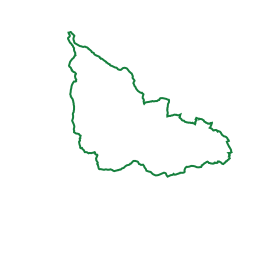 the district of Nereju, Vrancea, Romania, rotated 33°
{"feature_id": "2599482B74656559226175", "entity_name": "Nereju", "entity_type": "district", "adm_level": 2, "iso_a3": "ROU", "parent_name": "Romania", "parent_adm1": "Vrancea", "projection": "equal_earth", "projection_center": [26.622, 45.68], "detail": "fine", "context": "isolated", "style": "outline", "palette": "green", "viewbox_px": 256, "rotation_deg": 33, "n_neighbors": 0, "source": "geoboundaries", "source_scale": "gbopen_adm2", "svg_char_len": 5714}
<svg xmlns="http://www.w3.org/2000/svg" viewBox="0 0 256 256"><g transform="rotate(33 128 128)"><path d="M139.9,171.7L141.9,169.5L142.6,168.9L142.6,168.6L143.2,168.2L143.5,167.6L144.0,167.1L144.5,166.9L145.0,165.1L146.1,163.9L146.5,162.0L147.2,160.1L148.9,158.3L149.3,157.6L149.3,156.7L149.9,156.2L150.2,154.0L150.5,152.7L151.9,151.7L154.2,151.0L154.9,151.0L156.9,152.2L157.6,151.9L159.0,151.9L160.6,150.6L162.5,151.3L163.2,152.0L165.3,152.7L166.7,153.8L169.2,153.2L170.9,152.5L173.6,153.1L174.6,153.1L177.0,152.7L178.3,151.7L179.2,150.8L182.4,146.0L182.7,145.8L183.7,145.5L184.5,145.5L186.2,146.7L187.7,147.2L189.6,144.2L190.5,143.5L191.0,142.7L191.2,142.0L191.5,142.0L191.4,141.7L192.4,141.7L193.4,141.1L194.6,139.4L195.3,138.7L195.4,138.3L196.1,137.7L196.1,137.1L198.1,135.9L199.1,135.0L199.4,133.9L198.3,132.5L197.9,130.6L198.0,129.4L198.4,128.5L198.9,128.4L200.4,127.1L201.7,125.3L202.5,125.0L203.0,124.5L205.1,123.7L207.1,123.4L209.0,122.3L209.4,121.8L210.6,120.9L210.6,120.2L210.2,119.3L210.5,119.0L210.5,118.4L210.9,117.9L211.0,117.3L211.2,116.7L211.2,116.2L211.9,115.1L212.4,113.7L213.0,112.9L213.7,112.9L214.9,113.3L215.7,112.8L216.5,112.7L218.4,111.8L219.2,111.2L219.4,110.1L219.8,110.1L219.9,109.7L220.5,109.6L220.9,109.4L220.9,109.1L221.9,108.6L222.0,108.3L221.8,107.7L221.7,107.1L222.3,106.9L222.5,106.5L224.8,106.3L226.6,106.7L227.6,106.3L227.7,105.6L228.3,104.0L228.2,103.5L228.5,102.9L228.4,102.4L228.9,102.0L229.1,100.4L229.6,99.6L229.5,98.5L229.8,98.1L229.2,97.7L229.1,97.4L228.6,96.8L228.2,95.5L228.1,95.4L227.8,96.0L227.7,95.7L227.3,95.3L227.3,94.5L226.0,94.2L227.5,93.0L228.0,91.9L227.4,91.7L226.5,90.4L225.7,89.9L223.0,88.5L222.9,88.6L222.6,88.4L219.4,86.5L218.4,85.7L218.8,85.3L218.9,84.8L219.6,83.9L218.9,83.4L217.5,83.0L217.1,82.6L216.3,82.3L215.0,82.1L213.9,82.3L213.1,82.7L210.5,82.5L209.7,82.0L209.2,81.9L208.4,81.3L207.1,81.0L204.9,81.5L205.3,81.9L205.2,82.2L204.2,81.9L204.2,81.6L202.9,81.7L201.6,82.8L201.3,83.4L200.7,83.6L199.6,83.2L198.5,83.0L196.6,83.3L196.8,82.7L196.4,81.8L196.2,79.9L195.7,78.6L195.7,78.0L195.6,77.9L195.1,78.6L194.9,78.8L194.8,79.1L194.5,79.0L194.1,80.0L193.8,80.2L193.3,80.2L192.8,80.8L191.6,80.8L190.4,81.1L189.9,80.8L188.7,81.1L188.1,80.9L187.5,80.4L185.1,80.4L183.2,81.3L182.9,81.9L182.5,81.5L181.8,81.9L179.8,82.3L180.0,83.9L180.4,83.9L181.2,84.3L181.1,86.2L181.6,86.9L181.4,87.0L181.5,87.4L181.9,87.3L182.2,88.3L180.3,88.3L179.6,88.7L179.2,88.5L178.2,89.5L177.0,89.7L176.1,90.5L175.2,90.7L174.6,91.2L174.1,91.2L172.4,91.8L171.0,91.4L169.6,92.0L168.8,92.0L168.0,91.5L165.5,91.2L165.3,90.0L165.0,89.6L164.6,88.2L163.6,89.8L162.1,90.5L161.5,90.5L161.1,90.9L160.2,91.2L159.6,91.6L158.2,93.5L157.6,93.8L156.9,94.9L155.9,95.5L154.7,96.9L153.7,95.5L153.7,94.6L153.3,94.2L153.1,93.6L151.1,91.6L151.0,91.2L150.8,91.0L150.8,90.6L150.1,89.9L150.0,89.0L148.5,86.2L148.3,84.1L147.6,82.8L146.9,82.1L145.8,82.6L144.4,82.7L140.7,84.1L139.0,85.3L138.8,85.7L138.9,86.0L138.7,86.4L138.9,87.5L138.0,88.5L137.7,89.6L136.2,90.6L135.2,91.6L133.6,92.2L133.3,93.0L132.3,93.6L131.9,94.2L129.1,96.7L128.6,97.4L128.4,98.9L128.0,98.7L127.1,97.6L126.6,97.2L126.2,96.0L125.2,95.3L124.0,94.9L123.3,93.7L122.6,91.3L121.4,91.1L120.8,91.2L120.5,90.9L119.9,91.3L118.8,91.6L116.1,91.5L113.4,90.6L111.8,89.5L110.5,89.2L109.1,88.0L108.3,87.7L108.1,87.5L107.8,86.4L107.9,85.5L107.6,84.6L104.5,83.5L104.2,82.9L104.2,82.5L103.8,81.9L101.4,80.3L100.2,80.3L99.6,80.1L98.4,80.0L94.9,78.7L93.4,78.9L92.1,79.5L91.1,80.6L90.5,82.7L90.3,83.2L89.5,83.7L88.3,84.1L87.4,84.2L86.4,83.8L85.5,83.7L84.2,84.3L80.7,84.7L79.4,85.1L78.8,85.1L77.9,84.5L76.7,84.9L75.1,84.6L74.2,84.9L73.6,84.4L71.3,84.4L68.7,84.1L68.2,84.2L67.5,84.7L67.0,84.3L66.3,84.5L65.3,83.8L64.9,84.0L63.3,84.1L62.1,84.5L61.6,84.4L61.0,84.6L59.5,84.5L58.4,83.7L56.3,84.1L55.5,83.5L53.6,83.2L52.7,83.2L52.3,83.0L51.7,83.2L51.2,82.8L49.7,82.7L48.8,83.1L48.2,83.0L47.4,83.3L46.3,84.4L45.1,84.8L44.4,84.9L43.0,85.5L37.1,85.8L36.0,85.2L35.4,84.4L34.7,84.1L33.6,82.9L33.0,81.2L33.0,80.5L32.7,79.8L30.5,79.3L29.4,79.3L28.3,78.7L27.9,78.7L27.5,78.8L26.9,79.8L26.2,80.4L27.1,81.2L28.0,81.5L29.0,82.3L29.2,82.9L29.1,83.7L28.7,85.0L29.1,85.8L32.9,88.0L34.5,88.2L35.8,88.9L36.6,88.9L38.0,89.9L39.3,90.4L39.8,91.4L40.9,92.6L42.8,93.7L43.1,94.0L43.4,94.9L44.4,95.6L44.0,96.9L44.2,98.6L43.6,100.7L43.4,104.0L44.6,107.9L45.4,108.4L47.2,108.6L48.4,109.5L49.1,109.6L49.4,110.3L49.9,110.5L50.8,110.4L51.6,110.7L52.9,110.3L54.8,110.8L55.0,111.6L54.8,112.4L55.2,112.9L55.4,113.5L56.9,115.0L58.2,115.5L58.4,116.3L59.0,116.9L58.9,117.4L58.6,117.7L57.4,118.4L57.3,120.0L57.5,122.1L57.9,123.7L58.8,125.6L59.3,127.2L60.4,129.2L61.1,131.0L61.4,131.4L62.3,131.9L63.0,132.9L63.7,133.0L64.7,133.6L65.3,133.7L66.2,134.2L66.8,134.9L67.5,135.3L67.8,135.9L69.0,136.9L69.7,138.0L70.9,139.1L72.8,142.1L73.2,143.3L73.7,144.0L73.8,144.4L73.8,145.5L74.2,146.5L75.3,147.6L76.4,149.4L77.2,152.3L80.3,154.3L82.0,155.7L82.6,156.8L83.1,158.4L83.8,159.2L84.2,159.4L85.0,160.9L87.5,160.9L88.6,160.3L90.1,159.8L91.3,160.3L92.4,160.2L93.1,162.1L93.5,162.4L93.2,163.1L94.6,164.7L94.6,165.5L94.4,165.8L94.5,166.3L96.4,168.3L97.9,169.4L98.4,170.3L99.0,170.7L99.5,170.6L100.3,169.8L101.4,170.5L102.9,170.6L104.9,171.8L106.1,171.0L106.9,170.7L108.7,170.7L109.4,169.8L110.9,169.1L111.5,168.3L112.7,167.4L112.9,166.6L113.2,166.4L113.8,166.6L114.6,167.6L114.9,167.7L115.8,167.7L116.5,167.2L117.0,167.3L117.2,167.5L117.6,169.1L117.5,169.9L117.8,170.5L117.9,171.2L118.5,171.6L118.7,172.1L119.1,172.4L121.5,173.5L121.7,173.9L121.7,174.9L122.9,175.3L123.2,175.9L124.1,176.4L124.9,177.4L125.9,178.1L126.7,178.0L127.4,177.4L130.7,176.1L131.0,175.7L132.0,174.7L133.9,174.0L135.4,172.8L135.5,172.5L135.8,172.2L137.8,171.8L138.6,171.9L139.9,171.7Z" fill="none" stroke="#15803d" stroke-width="2"/></g></svg>